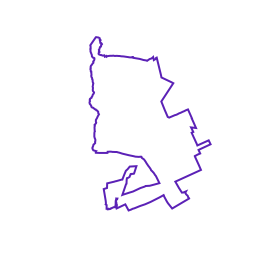 Odobesti, Vrancea, Romania, rotated 55°
{"feature_id": "2599482B34308784791861", "entity_name": "Odobesti", "entity_type": "district", "adm_level": 2, "iso_a3": "ROU", "parent_name": "Romania", "parent_adm1": "Vrancea", "projection": "mercator", "projection_center": [27.113, 45.751], "detail": "fine", "context": "isolated", "style": "outline", "palette": "violet", "viewbox_px": 256, "rotation_deg": 55, "n_neighbors": 0, "source": "geoboundaries", "source_scale": "gbopen_adm2", "svg_char_len": 5660}
<svg xmlns="http://www.w3.org/2000/svg" viewBox="0 0 256 256"><g transform="rotate(55 128 128)"><path d="M178.1,190.0L178.9,189.7L181.9,191.9L182.3,191.4L182.5,190.9L183.0,191.2L183.3,190.7L183.3,190.3L183.6,190.1L184.1,189.0L183.9,188.9L184.1,187.8L184.2,187.7L184.7,185.1L184.8,184.8L185.7,183.9L185.1,183.5L183.6,182.0L180.7,179.9L179.1,178.0L179.7,177.2L180.1,177.7L179.4,178.2L179.6,178.3L179.9,178.7L179.9,178.8L180.7,179.6L182.3,180.7L182.5,180.4L183.0,180.7L183.7,181.3L183.8,181.0L184.6,181.2L186.0,182.4L186.6,183.0L187.2,183.3L187.4,183.4L189.0,174.0L195.9,174.8L196.7,171.9L196.7,171.5L196.9,170.3L197.3,169.3L197.6,168.2L198.7,163.4L199.1,161.9L200.3,157.8L201.5,152.0L202.9,142.2L203.2,139.5L203.4,137.3L204.1,137.4L204.6,137.6L205.0,137.7L210.2,138.3L211.7,138.4L212.8,138.4L219.3,138.0L220.8,118.5L220.5,118.5L220.3,118.3L219.2,118.4L217.9,118.0L217.7,118.0L216.9,118.2L215.4,118.4L214.0,118.3L213.8,118.0L213.2,116.8L212.5,119.9L212.3,120.2L211.9,120.6L211.8,120.9L211.7,120.9L207.2,120.7L206.3,120.7L205.6,120.6L199.1,120.0L204.2,92.3L199.8,91.4L199.3,91.3L189.5,89.5L189.3,89.4L189.3,89.0L189.5,88.3L189.7,86.2L190.0,84.8L190.2,84.0L190.3,83.5L186.4,82.8L188.7,69.7L184.4,69.0L182.1,81.2L180.0,80.7L177.1,80.2L176.8,80.1L176.1,80.0L174.5,79.7L173.2,79.5L172.8,79.4L168.4,78.6L168.7,76.8L163.7,76.0L167.0,72.3L162.1,71.3L156.8,70.3L156.8,70.1L147.2,68.2L146.7,70.3L146.4,72.6L146.1,73.8L145.7,76.3L145.3,77.7L145.2,78.5L145.1,79.8L145.0,80.1L144.7,81.5L144.4,82.1L144.2,83.1L143.1,88.3L141.7,89.1L135.5,87.8L135.3,87.8L125.4,85.5L117.3,65.2L115.5,66.1L105.8,71.6L103.5,70.6L86.8,64.1L86.7,64.6L86.7,64.8L86.8,65.1L87.3,65.7L87.2,67.9L84.3,66.7L84.4,67.3L84.5,68.7L84.4,69.4L84.0,70.4L83.9,71.8L83.9,73.7L83.7,73.7L81.1,76.4L79.8,77.4L78.1,78.8L73.4,83.6L73.0,83.7L72.7,83.3L72.5,83.5L72.3,83.8L72.4,84.4L72.1,84.8L70.8,86.5L70.6,86.6L67.1,90.3L66.5,91.0L65.4,92.4L65.3,92.5L64.2,93.6L63.3,94.8L62.7,95.5L61.3,97.6L60.8,98.1L60.4,98.4L59.5,100.0L59.1,100.5L58.5,101.4L57.5,103.3L57.4,103.7L57.3,104.2L57.3,104.6L56.6,104.4L56.3,106.1L54.9,105.7L54.3,107.1L53.2,107.9L52.8,108.1L52.6,108.5L51.2,109.5L50.9,109.5L50.5,109.6L50.0,109.3L49.7,108.8L49.2,108.4L49.3,108.3L49.5,108.1L49.5,107.9L49.3,107.8L48.7,107.4L48.3,107.3L47.9,107.3L47.3,107.1L46.9,106.0L46.2,105.3L46.1,105.0L45.6,104.3L45.8,103.8L45.8,103.6L45.4,103.0L44.5,102.4L44.5,102.1L44.5,101.4L44.4,101.2L43.1,101.2L42.5,101.8L42.3,101.9L41.8,101.5L41.4,101.3L40.3,100.9L40.4,100.2L40.2,100.1L39.9,100.0L39.7,100.1L39.3,100.4L39.2,100.4L38.3,99.7L37.5,100.0L36.7,100.5L36.1,101.2L35.7,101.6L35.3,102.0L35.2,102.3L38.6,111.4L38.9,111.6L39.3,111.6L40.2,112.2L40.3,112.2L40.8,112.6L41.3,112.9L41.6,113.1L41.7,113.6L42.1,113.7L42.2,113.8L42.6,113.9L43.5,114.7L44.0,114.8L44.9,115.2L45.5,115.2L45.8,115.4L47.3,115.7L48.7,116.5L49.0,116.5L49.5,116.4L50.4,116.3L50.7,116.1L51.0,115.7L51.3,115.6L51.5,115.5L52.1,115.8L52.8,116.5L53.2,117.1L53.4,117.6L53.5,118.3L54.3,118.6L54.7,119.0L54.8,119.1L54.8,119.7L54.9,120.1L55.1,120.5L55.3,120.8L55.8,122.7L56.3,123.3L56.6,123.7L56.9,123.9L57.4,124.0L57.6,124.1L57.9,124.6L58.1,125.0L58.5,125.0L59.2,125.4L59.7,125.6L60.3,126.0L60.6,125.9L60.8,126.0L60.9,125.8L61.1,125.9L62.4,126.8L63.5,127.4L63.8,127.7L64.1,128.1L64.3,128.1L64.8,128.5L65.9,128.8L66.2,128.7L66.8,128.9L67.3,129.2L67.6,129.4L67.9,129.3L68.4,129.5L69.7,130.3L70.6,130.7L71.2,130.7L71.4,130.9L71.8,131.0L72.1,131.5L73.1,132.4L73.9,133.3L74.9,133.6L75.2,133.8L76.2,134.7L77.1,135.3L77.5,135.5L78.9,135.4L79.5,135.5L80.1,136.3L80.3,136.8L80.4,137.5L80.7,138.0L81.3,138.7L81.7,139.5L81.9,140.2L82.3,140.5L82.3,142.3L82.5,142.7L82.9,142.9L83.0,143.2L83.2,143.4L84.2,143.7L84.6,144.5L84.9,144.8L85.4,145.1L86.4,145.5L86.7,145.4L86.9,145.3L87.2,145.3L87.7,145.4L88.3,145.4L89.1,145.5L89.5,145.8L90.0,145.8L90.7,145.6L91.5,144.9L92.3,144.8L92.6,144.6L93.8,144.3L94.3,143.8L95.3,143.8L95.9,143.3L96.4,143.3L96.7,143.2L97.5,143.1L98.9,143.9L100.1,143.9L101.2,146.3L102.0,147.5L102.4,148.4L103.0,149.7L104.4,150.7L104.8,150.9L105.2,150.9L105.4,151.0L105.7,151.4L106.0,152.4L106.2,153.3L106.3,153.7L106.6,153.8L106.9,153.7L107.5,154.2L107.9,154.8L111.0,156.8L111.7,157.0L111.9,157.5L112.8,158.4L115.7,160.5L117.3,161.1L118.5,161.3L118.9,161.5L119.4,161.8L119.8,162.2L120.2,162.5L120.5,163.0L121.5,163.5L121.6,163.8L121.8,165.3L121.8,165.8L122.2,166.2L122.7,166.8L123.1,167.5L123.3,167.6L123.6,168.3L124.2,168.8L124.5,168.8L125.1,169.1L126.4,169.2L128.6,167.4L128.7,167.8L129.6,168.5L129.8,168.6L131.8,166.0L136.5,159.3L136.6,159.0L135.8,158.3L137.0,156.4L137.9,155.2L138.7,154.4L140.8,151.6L141.3,150.9L142.2,150.2L143.2,149.3L145.3,147.7L145.7,147.4L147.4,145.9L150.8,142.9L154.4,139.5L155.2,138.8L155.3,138.7L155.6,138.5L157.8,135.8L159.0,133.7L159.3,133.5L160.1,133.8L160.4,133.8L163.0,132.9L163.5,132.9L165.8,132.9L168.2,133.1L168.8,133.0L169.6,133.1L170.7,133.1L172.2,133.0L174.2,133.0L175.1,133.1L175.9,133.3L176.8,133.1L177.1,133.0L177.6,132.9L178.4,132.9L178.9,132.7L180.9,132.7L181.4,132.8L181.9,132.8L182.8,132.7L183.5,132.7L191.2,133.9L189.7,138.1L187.8,143.3L185.6,146.9L185.6,147.8L184.3,152.3L182.9,160.4L182.0,163.1L181.4,165.0L180.4,168.3L180.0,169.5L179.6,171.0L174.4,163.9L173.0,162.0L172.8,161.6L172.8,161.2L170.3,159.3L169.0,158.2L168.5,157.6L168.9,156.4L168.9,155.6L169.0,154.9L167.3,152.3L167.6,151.9L167.5,151.7L168.6,149.9L168.6,149.6L168.8,149.2L164.5,143.5L164.1,143.0L160.6,148.7L161.5,151.8L161.6,152.3L161.8,154.0L161.9,154.4L162.1,154.7L164.0,157.7L167.0,162.2L166.7,162.6L164.9,167.8L164.4,169.0L164.1,170.0L161.4,176.8L165.1,179.6L164.1,182.9L175.0,188.1L176.4,188.9L177.6,189.7L178.1,189.9L178.1,190.0Z" fill="none" stroke="#5b21b6" stroke-width="2"/></g></svg>